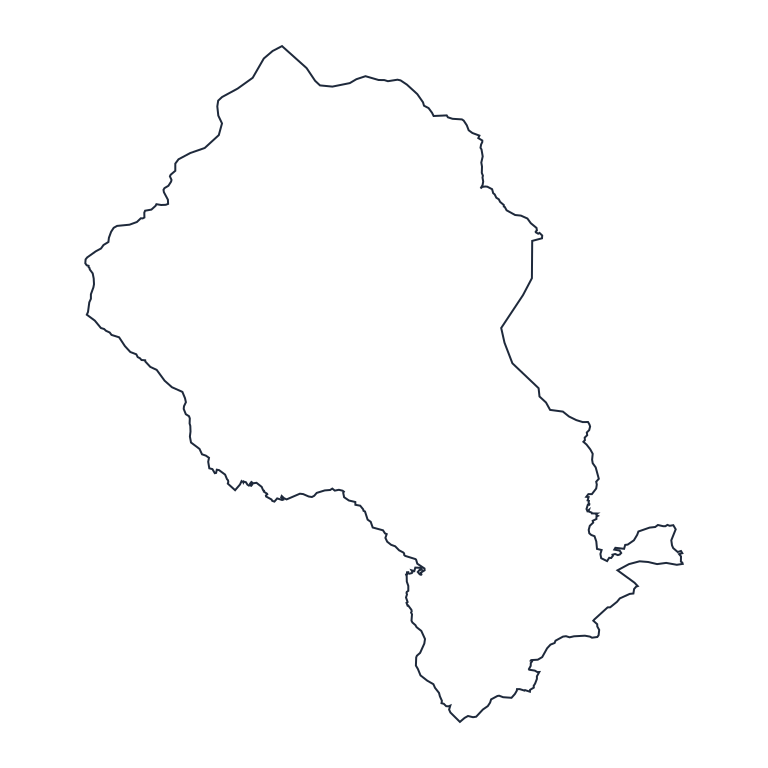 Cupseni, Maramures, Romania
{"feature_id": "2599482B77802981627900", "entity_name": "Cupseni", "entity_type": "district", "adm_level": 2, "iso_a3": "ROU", "parent_name": "Romania", "parent_adm1": "Maramures", "projection": "equal_earth", "projection_center": [23.93, 47.545], "detail": "fine", "context": "isolated", "style": "outline", "palette": "slate", "viewbox_px": 768, "rotation_deg": 0, "n_neighbors": 0, "source": "geoboundaries", "source_scale": "gbopen_adm2", "svg_char_len": 6088}
<svg xmlns="http://www.w3.org/2000/svg" viewBox="0 0 768 768"><path d="M535.1,683.6L536.9,678.9L536.9,676.3L539.3,672.0L537.4,672.1L534.8,670.6L529.2,669.7L528.9,669.1L530.7,665.9L530.8,663.0L532.2,661.2L532.2,660.6L530.9,660.5L531.2,660.1L537.8,659.7L542.2,657.1L547.1,648.3L550.5,644.6L554.6,643.0L555.5,640.7L563.0,636.6L566.0,636.2L569.6,637.3L574.0,636.3L584.9,635.7L589.9,636.6L592.0,637.7L597.3,637.0L598.6,635.2L599.2,629.9L597.3,626.5L597.2,624.2L593.3,620.7L594.4,619.4L607.6,607.4L610.2,607.3L617.0,601.8L619.8,598.4L629.7,593.9L633.4,593.5L634.1,589.0L636.2,586.6L637.7,586.1L634.5,582.7L617.5,570.3L629.0,564.1L639.6,561.3L648.2,562.0L657.1,564.1L666.2,562.9L676.8,564.8L682.7,563.9L682.3,562.6L680.9,561.6L681.0,556.4L679.1,554.1L682.3,553.2L681.0,551.0L677.7,552.0L673.2,548.1L672.0,545.3L671.3,540.3L675.7,529.3L673.3,525.2L669.7,525.8L667.4,524.9L665.4,526.2L663.2,526.2L657.9,525.0L655.2,527.0L649.6,527.6L638.4,531.5L637.2,534.8L633.9,540.3L627.7,544.6L625.2,544.9L624.1,548.8L615.4,547.8L614.3,549.6L619.7,550.6L621.2,553.0L619.8,554.5L617.8,555.1L615.1,554.0L612.5,554.7L612.9,555.8L611.2,558.0L609.2,557.8L607.1,561.1L601.2,558.2L600.4,554.0L601.6,550.0L597.0,548.9L596.3,541.5L594.5,536.2L591.3,535.0L589.3,533.3L588.7,529.9L589.8,525.8L593.2,522.6L592.7,520.8L596.4,519.0L596.5,516.5L597.9,515.8L596.4,514.9L596.0,514.0L596.9,513.5L591.9,513.4L591.6,512.6L588.5,511.4L589.0,509.8L587.4,511.1L586.5,509.0L587.8,504.8L589.2,504.8L589.4,504.0L588.6,503.0L588.9,500.8L587.6,500.4L588.6,497.1L586.3,496.8L588.4,494.1L591.9,494.1L596.2,488.5L596.8,484.6L596.2,481.7L598.8,478.8L595.7,467.4L592.7,463.2L592.1,459.7L592.7,453.8L590.3,449.4L586.5,444.5L583.4,441.8L584.9,440.2L584.7,437.6L587.2,435.2L586.8,432.5L589.2,430.1L590.1,426.5L589.4,424.4L588.0,422.0L582.8,422.1L576.3,420.1L569.0,416.5L562.9,411.6L550.1,409.9L546.0,402.5L539.5,396.5L538.6,388.2L512.4,363.3L504.5,342.7L501.2,328.0L523.0,295.1L531.9,278.2L532.2,240.9L542.0,238.3L542.2,235.5L539.5,232.9L538.2,233.7L535.8,232.3L535.7,231.6L536.9,230.4L536.5,227.9L530.8,223.2L527.4,218.5L520.9,215.6L515.1,215.0L506.6,210.3L504.8,207.0L503.8,206.5L503.8,205.0L500.1,201.9L498.8,199.3L496.3,197.7L494.7,194.4L493.2,193.2L492.1,189.2L487.3,186.7L485.3,186.5L482.3,186.9L480.6,188.4L482.6,185.0L483.2,181.5L482.5,177.6L482.9,175.7L481.8,172.9L482.0,166.6L481.3,162.6L482.7,156.4L481.5,149.4L480.5,147.8L481.1,144.5L482.3,142.0L482.3,140.5L478.3,138.1L479.4,135.6L472.4,133.0L468.7,130.3L466.8,125.3L463.7,120.6L461.9,119.4L452.5,118.8L447.9,117.3L446.7,115.4L433.6,116.0L432.1,112.9L428.6,108.1L424.0,105.7L423.0,102.3L417.3,94.1L406.9,84.6L400.6,80.4L397.5,79.7L387.9,81.2L384.4,80.1L378.6,80.0L365.5,76.2L356.4,79.2L349.8,83.1L332.4,86.6L320.0,85.4L315.1,80.8L306.6,68.1L282.0,46.1L272.6,51.0L263.8,58.5L252.7,77.8L237.6,88.6L222.1,97.0L218.2,100.6L217.3,106.4L218.3,115.6L222.0,123.4L218.8,135.1L204.7,148.0L190.3,153.0L178.5,159.3L175.3,163.6L175.3,170.8L170.7,174.7L169.9,176.3L171.5,179.9L171.1,181.6L168.4,185.8L164.5,188.1L163.5,189.8L163.9,192.2L167.9,199.7L168.1,203.9L165.8,204.8L161.2,205.0L156.4,204.2L155.6,205.8L151.4,209.6L145.1,210.7L144.3,212.6L144.4,217.5L142.7,218.4L140.8,218.3L136.9,222.0L129.5,224.7L117.1,225.9L113.7,227.8L111.1,231.8L108.9,237.8L108.4,242.0L103.5,245.0L101.0,248.5L95.8,251.3L87.2,257.4L85.6,259.4L85.3,263.3L86.7,265.3L88.6,265.8L88.6,267.1L89.5,268.0L89.8,269.5L92.7,273.4L93.7,278.5L94.0,284.2L93.4,287.4L90.9,294.3L90.9,298.8L89.3,302.3L88.0,312.0L86.8,314.7L94.8,320.6L100.9,328.0L104.1,329.0L106.0,330.8L109.7,332.5L111.5,334.9L119.1,337.3L124.9,346.1L130.3,352.0L136.3,354.3L137.7,357.1L139.9,358.2L141.5,360.0L145.2,360.3L145.3,361.5L150.3,366.9L156.7,369.9L164.6,380.7L171.9,387.2L182.4,391.9L185.0,398.2L185.9,402.2L184.0,406.2L183.7,408.9L185.8,414.2L189.0,416.2L189.8,418.4L189.6,423.5L190.3,425.9L190.5,431.6L189.9,436.5L191.0,442.5L199.5,448.9L202.0,454.3L205.8,455.6L209.0,457.8L208.2,461.8L209.3,468.3L212.4,469.1L214.8,473.2L216.1,472.9L216.8,469.7L219.0,470.1L225.1,474.6L227.0,479.2L228.0,480.3L228.3,481.9L227.8,483.6L235.1,490.2L240.0,484.5L241.5,481.3L241.9,481.8L243.2,481.4L243.5,482.5L244.0,481.7L245.9,482.2L247.4,484.6L248.9,485.6L249.6,485.1L251.2,485.8L252.0,484.8L250.2,483.5L251.4,482.0L253.2,483.3L256.5,482.8L261.7,486.9L263.0,490.0L264.0,490.7L263.8,491.6L267.0,493.7L267.3,494.2L265.9,495.5L266.1,496.5L271.5,499.5L272.3,500.9L274.4,501.6L277.2,498.4L282.1,500.0L283.3,499.6L283.0,498.6L281.2,497.4L281.7,496.0L284.0,498.2L286.6,499.4L299.9,493.7L303.2,494.1L308.7,496.5L311.9,497.0L314.2,495.8L316.7,492.9L324.8,490.4L330.1,490.0L332.3,488.6L334.8,490.6L338.9,489.8L342.6,490.7L343.9,491.7L343.2,492.7L344.1,497.2L348.9,500.5L355.3,502.0L355.4,504.8L360.2,505.7L363.2,509.4L363.5,510.8L365.0,511.5L367.6,519.6L370.7,521.8L372.7,527.5L383.0,530.3L385.0,533.4L386.7,534.1L385.4,537.9L387.2,541.7L391.1,544.8L395.2,546.3L399.1,550.3L403.3,552.5L404.1,553.4L404.2,555.0L405.2,555.9L415.5,559.1L416.1,559.7L417.3,563.7L424.5,568.5L424.6,570.3L420.9,572.6L421.4,574.5L421.0,574.8L419.7,574.3L417.8,572.0L419.5,570.0L421.8,569.7L421.5,568.8L419.9,567.8L415.3,567.6L414.3,571.1L411.5,570.3L412.5,572.1L411.8,573.1L409.3,573.7L408.2,573.3L408.2,572.2L407.0,572.3L407.0,574.5L406.1,574.6L406.7,576.4L406.8,581.6L408.3,585.9L408.3,588.8L408.3,590.8L406.8,591.9L406.5,593.0L407.0,594.4L406.0,597.5L407.6,602.0L406.5,602.8L407.6,605.7L408.2,605.5L411.4,609.8L411.7,611.3L411.1,612.6L412.0,614.3L411.5,620.7L412.4,622.5L415.4,625.1L416.6,627.2L421.3,630.9L425.0,639.0L424.3,643.6L420.1,652.9L416.9,655.7L416.2,657.4L415.9,665.6L417.9,669.0L420.5,675.4L427.3,680.7L433.4,684.2L435.0,687.8L439.0,692.9L439.9,696.3L441.9,700.8L441.5,703.2L443.8,703.8L446.2,706.2L448.7,706.3L450.3,705.6L449.1,709.6L450.4,712.5L459.9,721.9L464.6,717.9L468.0,716.0L473.0,717.2L476.2,716.7L482.9,709.5L487.8,706.1L490.1,702.6L491.1,699.4L497.4,696.0L499.1,695.7L503.1,697.2L511.5,697.8L514.9,694.0L516.8,690.7L517.0,689.1L519.7,689.1L524.5,690.6L525.0,690.1L529.9,691.7L530.1,689.8L533.8,687.6L533.7,685.8L535.1,683.6Z" fill="none" stroke="#1e293b" stroke-width="2"/></svg>